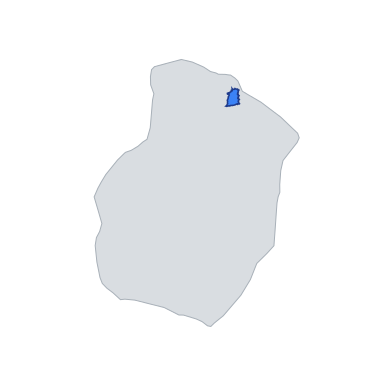 Mohale's Hoek, Mohale's Hoek, Lesotho (highlighted), rotated 154°
{"feature_id": "5366337B50833634565448", "entity_name": "Mohale's Hoek", "entity_type": "district", "adm_level": 2, "iso_a3": "LSO", "parent_name": "Lesotho", "parent_adm1": "Mohale's Hoek", "projection": "natural_earth1", "projection_center": [27.441, -30.145], "detail": "fine", "context": "in_parent", "style": "filled", "palette": "blue", "viewbox_px": 384, "rotation_deg": 154, "n_neighbors": 0, "source": "geoboundaries", "source_scale": "gbopen_adm2", "svg_char_len": 4448}
<svg xmlns="http://www.w3.org/2000/svg" viewBox="0 0 384 384"><g transform="rotate(154 192 192)"><path d="M244.9,253.4L235.6,256.5L234.3,256.8L228.4,256.1L220.4,256.8L214.2,258.5L209.3,259.1L201.4,268.0L187.1,292.0L183.2,297.0L182.2,306.4L178.8,313.9L174.7,319.7L170.8,321.1L158.8,318.8L143.5,315.8L134.7,308.6L126.7,299.1L122.6,292.2L118.2,288.4L116.7,286.3L110.5,283.1L108.1,281.4L106.1,280.2L103.5,275.6L102.1,271.6L102.6,260.5L98.3,253.9L90.7,242.6L86.0,233.3L79.5,220.6L75.5,209.8L71.3,198.5L71.9,193.7L75.8,190.4L87.4,184.8L96.4,180.4L102.8,172.4L109.8,160.4L113.2,153.2L116.6,150.0L120.4,144.9L126.9,133.7L134.1,121.2L141.9,107.8L151.7,103.9L165.1,99.4L177.9,87.7L193.3,77.8L218.0,67.1L229.6,64.4L234.0,62.9L236.7,64.9L239.7,71.0L243.9,76.1L253.6,85.1L257.7,87.2L267.7,100.4L278.5,109.5L290.8,119.9L299.3,125.1L303.5,126.6L307.1,135.8L310.6,142.7L312.7,149.1L312.2,155.4L308.2,170.7L302.5,186.3L297.9,192.9L292.3,197.0L286.8,203.2L284.6,215.7L282.1,230.5L275.0,236.6L269.4,240.6L261.8,245.5L244.9,253.4Z" fill="#d9dde1" stroke="#a8b0b8" stroke-width="1"/><path d="M117.0,265.1L117.1,264.9L117.2,264.4L116.9,264.1L116.7,264.1L116.1,264.1L115.8,263.7L115.9,263.4L116.1,262.9L116.1,262.7L116.3,262.6L116.7,262.3L116.9,262.2L117.0,262.1L117.4,262.0L117.4,261.7L117.6,261.4L117.9,261.1L118.1,261.0L118.1,260.8L118.2,260.5L118.6,260.4L118.8,260.0L118.9,259.9L119.3,259.5L119.4,259.3L119.6,259.3L119.6,259.2L119.9,259.0L120.1,258.9L120.3,258.1L120.3,257.6L120.6,257.4L120.7,257.1L120.9,256.9L121.0,256.7L121.1,256.4L121.2,255.7L121.4,255.7L121.5,255.7L121.8,255.5L121.9,255.4L122.1,255.2L122.3,255.0L122.5,254.9L122.6,254.6L122.9,254.5L123.5,254.5L123.7,254.4L123.7,254.2L123.8,254.2L123.7,254.1L123.4,254.0L123.2,253.9L123.1,253.6L122.8,253.6L122.6,253.6L122.3,253.7L122.2,253.7L121.9,253.6L121.6,253.5L121.6,253.4L121.4,253.3L121.3,253.2L121.0,253.2L120.9,253.1L120.7,253.1L120.5,252.9L120.4,252.9L120.3,252.7L120.2,252.7L120.2,252.9L120.2,253.0L119.6,252.8L119.4,252.9L119.1,252.8L118.7,252.6L118.4,252.4L118.2,252.3L118.1,252.1L117.9,252.1L117.7,252.2L117.4,252.0L117.2,251.9L116.7,251.8L116.4,251.7L116.2,251.6L115.9,251.6L115.7,251.6L115.3,251.5L115.0,251.5L114.9,251.5L114.7,251.4L114.6,251.5L114.4,251.5L114.2,251.5L113.9,251.5L113.7,251.6L113.4,251.4L113.2,251.4L113.0,251.2L112.9,250.9L112.7,250.8L112.6,250.7L112.4,250.8L112.5,250.8L112.4,250.8L112.2,250.8L112.5,251.2L112.5,251.3L112.4,251.4L112.3,251.5L112.2,251.4L112.1,251.2L111.6,251.1L111.4,250.8L111.2,250.7L111.0,250.4L110.9,250.4L110.7,250.4L110.6,250.5L110.8,250.7L111.0,250.9L111.1,251.2L111.1,251.3L111.0,251.5L110.7,251.8L110.6,252.3L110.5,252.6L110.5,252.9L110.6,253.0L110.8,253.2L110.8,253.3L110.6,253.5L110.4,253.5L110.1,253.9L109.8,254.2L109.7,254.3L109.1,254.2L109.0,254.3L108.9,254.3L108.9,254.5L108.9,254.8L109.0,255.0L109.2,255.3L109.5,255.5L109.8,255.7L109.8,255.9L109.8,256.1L109.8,256.3L109.7,256.5L109.4,256.6L109.0,256.5L108.9,256.5L108.9,256.8L108.6,257.3L108.6,257.5L108.3,257.7L108.3,257.8L108.1,257.8L107.8,257.7L107.7,257.7L107.4,257.8L107.4,258.0L107.5,258.1L107.8,258.5L108.0,258.7L108.0,258.8L107.9,259.0L107.6,259.4L107.7,259.5L107.8,259.5L108.1,259.6L108.3,259.7L108.3,259.8L108.3,260.0L108.2,260.2L107.8,260.3L107.5,260.4L107.4,260.5L107.4,260.9L107.5,261.0L107.4,261.2L107.0,261.2L106.9,261.3L106.5,261.5L106.4,261.7L106.4,261.8L106.4,262.2L106.4,262.6L106.1,263.0L105.9,263.0L105.7,262.9L105.4,262.8L105.3,263.0L105.2,263.1L105.3,263.2L105.3,263.3L105.5,263.4L105.8,263.5L105.8,263.8L105.8,264.2L105.9,264.4L105.9,264.5L106.0,264.5L106.0,264.4L105.9,264.4L106.0,264.4L106.0,264.2L106.2,264.3L106.3,264.3L106.4,264.5L106.5,264.5L106.6,264.8L106.8,265.0L107.0,265.1L107.4,265.2L107.5,265.3L107.7,265.5L107.8,265.6L107.8,265.8L108.0,266.2L108.3,266.0L108.5,266.0L108.6,265.9L108.9,265.7L109.0,265.7L109.1,265.8L109.5,266.1L109.8,266.2L110.0,266.2L110.1,266.3L110.3,266.5L110.5,266.8L110.6,267.3L110.7,267.0L110.7,266.6L110.7,266.4L110.8,266.2L111.0,265.8L111.1,265.7L111.4,265.4L111.5,265.3L111.8,265.3L111.8,265.5L112.0,265.7L112.1,265.8L112.3,265.8L112.4,265.7L112.4,265.8L112.5,265.7L112.8,265.4L112.9,265.2L113.0,265.1L113.5,265.1L113.8,265.1L114.0,265.1L114.1,264.9L114.2,264.7L114.3,264.7L114.5,264.9L114.8,265.0L114.9,264.9L115.0,264.7L115.2,264.4L115.3,264.3L115.2,264.4L115.2,264.5L115.3,264.6L115.5,265.0L115.8,265.2L116.1,265.1L116.3,265.1L116.5,265.2L116.8,265.0L117.0,265.1Z" fill="#3b82f6" stroke="#1e3a8a" stroke-width="1.5"/></g></svg>